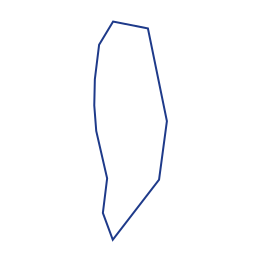 Thermeia, Cyprus, rotated 350°
{"feature_id": "46923920B3571581876318", "entity_name": "Thermeia", "entity_type": "district", "adm_level": 2, "iso_a3": "CYP", "parent_name": "Cyprus", "parent_adm1": "", "projection": "orthographic", "projection_center": [33.331, 35.326], "detail": "fine", "context": "isolated", "style": "outline", "palette": "blue", "viewbox_px": 256, "rotation_deg": 350, "n_neighbors": 0, "source": "geoboundaries", "source_scale": "gbopen_adm2", "svg_char_len": 299}
<svg xmlns="http://www.w3.org/2000/svg" viewBox="0 0 256 256"><g transform="rotate(350 128 128)"><path d="M164.9,33.4L131.8,20.6L114.0,41.0L103.8,74.3L98.7,99.9L96.2,125.4L98.7,174.0L88.5,207.3L93.6,235.4L149.6,184.3L167.5,128.0L164.9,33.4Z" fill="none" stroke="#1e3a8a" stroke-width="2"/></g></svg>